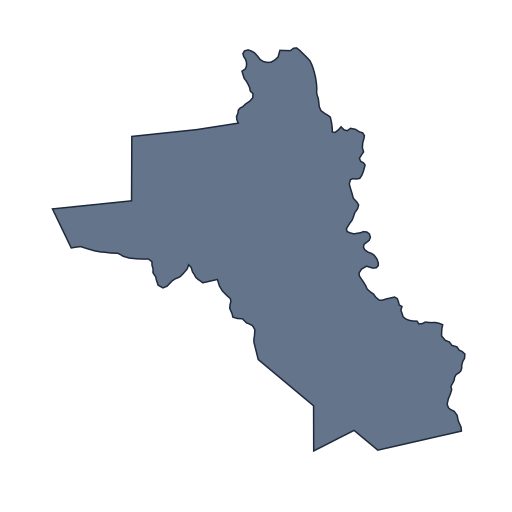 Esperantina, Piauí, Brazil, rotated 264°
{"feature_id": "56859067B45673851055188", "entity_name": "Esperantina", "entity_type": "district", "adm_level": 2, "iso_a3": "BRA", "parent_name": "Brazil", "parent_adm1": "Piauí", "projection": "orthographic", "projection_center": [-42.165, -3.795], "detail": "fine", "context": "isolated", "style": "filled", "palette": "slate", "viewbox_px": 512, "rotation_deg": 264, "n_neighbors": 0, "source": "geoboundaries", "source_scale": "gbopen_adm2", "svg_char_len": 3342}
<svg xmlns="http://www.w3.org/2000/svg" viewBox="0 0 512 512"><g transform="rotate(264 256 256)"><path d="M200.7,389.5L200.2,385.4L199.6,380.4L198.9,377.7L199.1,374.1L202.5,370.8L206.0,368.8L208.5,365.8L211.5,363.1L215.0,362.0L219.2,360.0L222.8,358.0L225.4,356.7L228.4,356.7L232.0,359.7L234.3,364.9L232.8,368.3L231.7,371.1L231.7,374.3L233.6,376.6L236.4,376.9L240.5,375.9L244.3,373.7L246.4,371.3L248.1,367.9L250.6,365.0L253.4,363.8L256.3,364.6L258.3,367.9L259.8,370.3L262.7,371.7L266.0,371.1L268.3,368.7L269.0,365.3L268.2,362.4L268.0,358.8L267.8,355.7L268.9,352.7L270.7,349.2L273.7,348.8L276.2,350.7L279.0,352.9L281.3,355.1L284.2,356.7L288.8,358.8L292.4,362.0L296.0,363.4L299.0,362.0L303.3,358.8L309.0,357.9L313.4,357.0L317.9,356.3L322.0,357.9L322.8,360.5L322.1,363.5L322.3,367.3L325.4,369.8L329.3,371.8L331.9,372.8L335.0,374.0L337.4,372.7L339.1,370.1L342.3,369.0L345.9,371.8L348.3,373.9L352.4,373.1L357.5,374.0L361.4,375.6L364.4,376.4L367.4,374.9L368.5,372.1L371.6,368.1L373.1,363.4L371.1,359.9L372.2,356.8L375.6,354.1L373.2,351.6L370.6,347.6L371.4,344.8L375.2,345.2L380.2,345.1L383.2,344.8L386.4,344.4L388.5,342.1L390.6,339.2L393.9,335.7L397.9,334.5L402.6,334.5L406.4,334.4L409.4,333.6L412.7,333.4L415.5,333.9L418.7,334.1L422.3,334.1L427.0,333.9L432.5,333.2L436.3,332.5L440.5,331.5L444.6,330.0L448.6,327.0L452.1,324.1L455.7,321.2L458.7,318.1L458.7,315.1L456.6,311.7L457.2,307.3L458.0,301.3L454.6,299.9L451.8,298.9L449.0,295.3L447.2,291.2L447.3,287.7L448.6,283.7L450.9,280.7L454.5,278.5L458.3,275.7L460.1,273.2L461.8,269.8L461.2,266.0L458.6,264.1L455.4,264.7L452.8,266.1L449.4,266.8L445.9,266.4L443.1,264.9L441.3,261.4L437.8,262.0L434.0,262.8L430.8,264.7L427.8,266.0L424.3,267.2L420.5,267.6L417.8,270.0L413.7,269.3L410.7,266.1L408.2,261.4L405.8,258.4L404.9,255.8L403.0,253.7L399.8,252.9L396.8,251.2L393.4,251.2L390.0,252.3L387.9,210.3L387.9,164.7L387.9,145.0L323.9,138.0L323.9,130.6L324.1,58.5L283.3,73.1L283.6,76.7L283.7,82.5L280.4,90.1L277.9,96.3L276.3,101.8L275.7,105.3L274.0,112.7L273.2,118.7L271.4,121.6L269.7,123.7L267.2,129.7L265.6,137.5L264.8,143.1L264.2,148.8L261.2,151.9L257.6,151.6L254.1,152.3L250.1,151.8L245.7,154.1L242.7,154.4L237.2,155.6L234.0,160.1L235.2,164.3L240.1,170.1L241.7,173.2L243.1,177.9L245.5,181.1L250.3,186.2L254.3,188.1L251.5,190.3L246.9,191.2L244.0,192.7L241.0,193.9L238.7,196.0L237.0,198.1L234.9,200.2L236.7,215.1L234.0,215.7L230.2,216.4L224.8,218.9L219.6,223.0L216.4,226.0L213.6,226.3L210.3,225.1L206.7,224.4L200.9,226.2L197.6,226.6L195.8,231.0L194.9,236.0L190.5,239.5L189.2,242.1L187.1,245.2L182.9,247.2L176.7,246.1L173.9,245.3L170.6,244.9L152.8,247.4L114.2,284.8L101.0,297.6L56.1,293.0L66.8,320.8L72.3,335.3L50.2,356.8L60.4,442.0L64.6,442.0L68.6,440.6L71.6,439.8L76.5,439.4L80.9,436.8L82.9,433.5L85.0,431.5L88.7,430.6L93.9,432.4L98.5,434.9L102.5,436.6L106.2,436.3L108.8,438.2L111.8,440.1L114.7,440.9L117.3,442.8L118.5,445.5L120.3,447.7L123.0,448.9L125.9,449.2L129.7,450.7L132.4,452.7L136.6,453.5L139.4,451.1L141.2,448.2L144.7,446.3L146.6,441.5L150.3,439.3L152.2,435.6L157.0,432.2L161.1,432.7L164.5,433.3L168.1,434.5L170.0,430.9L171.2,427.1L171.4,423.5L172.0,420.2L172.6,417.4L171.4,414.4L171.4,410.9L174.4,409.3L174.8,405.9L176.0,401.6L177.9,398.1L180.2,395.9L183.5,395.3L187.0,394.4L190.5,395.9L192.3,393.3L195.5,392.9L198.9,392.0L200.7,389.5Z" fill="#64748b" stroke="#1e293b" stroke-width="1.5"/></g></svg>